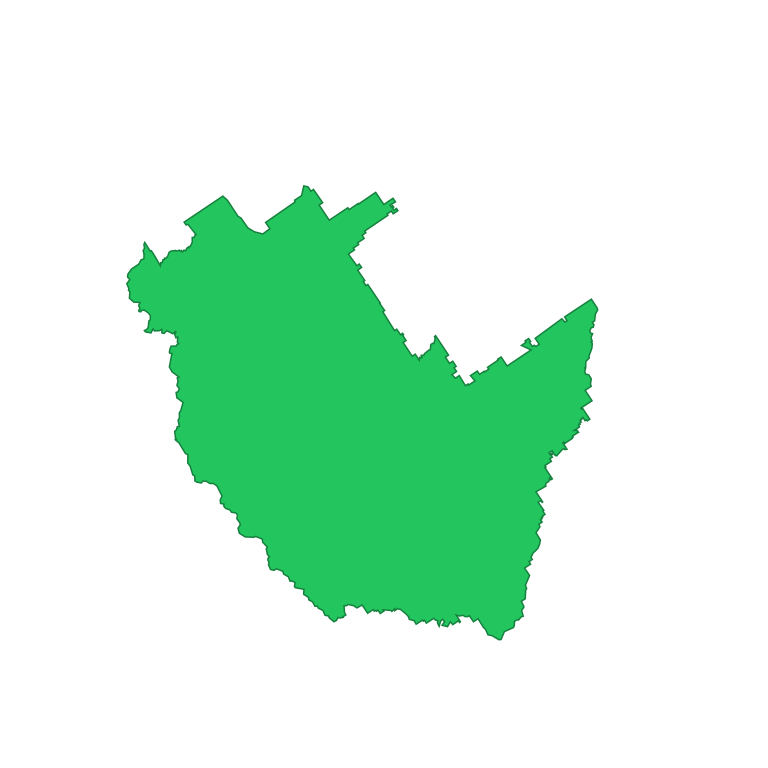 Liverpool Plains, New South Wales, Australia, rotated 47°
{"feature_id": "25037944B45289981242640", "entity_name": "Liverpool Plains", "entity_type": "district", "adm_level": 2, "iso_a3": "AUS", "parent_name": "Australia", "parent_adm1": "New South Wales", "projection": "mercator", "projection_center": [150.406, -31.47], "detail": "fine", "context": "isolated", "style": "filled", "palette": "green", "viewbox_px": 768, "rotation_deg": 47, "n_neighbors": 0, "source": "geoboundaries", "source_scale": "gbopen_adm2", "svg_char_len": 6170}
<svg xmlns="http://www.w3.org/2000/svg" viewBox="0 0 768 768"><g transform="rotate(47 384 384)"><path d="M161.9,376.4L142.9,373.2L136.7,373.7L129.3,419.8L132.8,420.3L133.5,418.5L146.6,419.6L146.2,420.5L147.3,423.0L146.0,424.3L149.5,427.5L151.3,431.8L150.6,432.7L151.3,433.7L150.4,434.0L150.2,435.6L151.3,438.1L149.7,439.0L149.9,441.5L148.2,441.1L147.7,442.4L146.5,442.5L145.4,445.1L144.2,445.3L141.3,449.6L141.2,451.6L143.0,455.0L143.3,458.0L142.3,458.7L143.2,459.7L142.4,460.9L144.0,463.3L143.0,464.5L145.0,466.9L131.7,463.9L127.8,463.3L127.6,464.4L117.3,462.4L118.2,464.4L121.4,466.6L122.2,469.2L125.3,470.9L128.7,474.2L127.5,477.1L129.1,481.5L127.7,490.1L129.0,496.4L130.8,498.6L134.3,498.7L135.2,503.7L140.0,505.4L141.1,506.9L143.3,507.0L147.6,511.7L153.4,511.2L158.0,506.8L159.2,509.8L162.6,511.3L162.7,513.0L163.8,513.7L165.3,512.7L165.0,511.2L166.2,509.0L171.4,507.9L174.7,508.3L177.6,511.1L177.5,512.9L181.8,517.9L182.3,520.3L181.5,522.8L183.3,522.9L187.7,519.6L186.2,515.3L188.6,515.7L191.8,511.9L192.6,509.2L195.2,511.6L197.0,510.4L196.9,506.5L203.2,504.2L203.6,499.8L204.8,503.2L208.3,504.7L209.0,502.9L212.5,506.6L214.6,506.7L213.9,508.2L214.5,510.1L211.2,513.7L211.7,515.4L214.3,519.3L215.5,519.6L217.1,518.4L225.2,529.4L230.7,530.7L239.0,529.2L238.5,531.1L241.4,532.6L243.8,536.4L248.0,537.0L249.2,540.1L248.4,541.8L252.8,544.9L260.4,543.5L264.9,550.9L265.5,553.4L269.3,556.8L270.0,559.2L275.4,562.6L274.3,564.3L276.0,567.3L275.8,569.3L281.5,573.5L282.6,573.4L282.4,574.7L287.2,574.1L299.3,576.6L302.0,575.7L307.9,581.4L312.1,581.9L320.0,585.8L322.2,585.1L325.8,588.4L328.2,587.8L331.8,585.1L331.6,582.4L334.1,580.2L337.9,579.3L340.5,576.6L344.7,575.7L355.5,578.9L357.0,582.7L359.9,585.0L362.7,583.0L364.1,584.5L366.8,584.7L371.0,582.6L373.8,583.0L377.3,580.3L379.7,580.4L382.3,583.6L386.8,584.0L389.0,585.2L389.9,589.1L394.6,591.6L401.2,589.8L407.5,583.5L407.9,581.8L414.5,578.8L416.9,580.6L423.7,580.6L424.3,582.6L429.3,585.6L432.3,585.7L432.2,587.3L433.6,589.1L435.8,589.6L437.5,591.8L442.3,593.5L445.2,591.6L445.8,588.7L451.9,585.8L454.6,587.0L459.7,585.4L464.2,587.2L465.4,585.5L468.7,584.5L471.0,587.6L472.4,587.8L479.6,582.6L483.0,586.2L488.5,584.8L490.7,586.2L494.6,584.8L499.6,586.1L500.9,584.3L503.3,584.9L508.0,583.1L512.9,584.9L515.9,582.7L517.5,583.5L523.7,582.8L524.5,580.1L523.5,576.8L525.4,575.5L526.8,573.1L526.2,573.0L526.9,569.4L524.0,568.6L518.9,564.4L520.6,562.6L520.8,560.6L525.2,557.5L529.3,556.5L530.7,550.7L540.5,552.3L541.6,545.8L543.6,546.1L544.0,544.2L545.1,544.4L545.4,542.6L549.3,543.3L550.0,538.9L548.5,538.7L554.2,533.5L555.7,533.3L555.7,529.4L557.1,530.7L557.6,527.5L560.0,525.7L567.3,524.7L570.9,524.8L573.4,526.0L577.6,523.4L581.6,524.3L583.0,516.8L584.3,517.0L584.5,515.5L587.8,516.1L589.3,507.4L591.7,507.4L593.8,506.1L595.3,507.9L598.8,508.9L596.1,504.3L595.8,501.8L599.0,501.7L600.1,506.1L604.8,503.0L603.1,497.7L606.9,497.8L608.0,491.0L610.0,491.4L610.0,490.3L602.2,488.7L605.1,487.1L607.1,483.9L609.1,483.5L611.2,481.6L611.5,479.6L618.9,480.7L619.8,475.3L630.0,477.3L632.4,477.0L638.4,479.0L641.7,476.6L649.4,474.4L650.7,472.6L647.2,464.8L650.4,455.5L649.6,453.5L646.5,450.3L647.4,447.2L648.4,446.6L647.9,442.4L648.8,440.5L643.4,437.8L642.8,434.2L641.8,433.3L636.6,431.8L637.4,427.2L631.5,421.1L631.0,419.3L627.6,417.8L623.3,408.1L614.5,406.7L615.7,399.6L612.8,399.1L613.5,395.2L611.1,394.8L609.3,390.2L609.2,383.6L607.4,379.7L604.8,376.0L596.4,374.2L594.8,367.4L592.2,366.3L592.8,362.5L590.0,362.1L590.3,360.3L589.2,360.1L589.5,358.4L588.6,358.2L589.2,355.2L585.2,354.5L585.4,353.3L575.6,351.9L576.2,348.7L578.4,349.1L578.5,348.4L566.5,346.4L569.1,335.1L568.0,334.9L567.0,332.9L567.7,330.0L565.8,327.0L567.8,327.4L568.2,325.6L555.0,323.4L555.2,322.2L553.4,321.9L554.7,314.3L551.7,313.8L552.3,310.8L550.1,310.4L550.4,308.8L549.0,308.5L548.7,310.5L546.8,310.1L547.4,306.6L553.1,307.6L554.3,306.6L553.5,298.1L554.2,296.4L555.2,296.5L556.5,294.7L548.9,293.3L549.1,292.0L550.8,292.2L551.5,287.9L552.2,283.4L551.6,283.3L551.8,281.8L550.6,281.5L551.9,274.8L551.0,275.3L550.7,274.4L549.3,274.5L547.7,276.5L548.7,270.3L546.8,269.9L547.2,268.0L546.0,267.8L546.3,265.7L544.4,265.4L544.7,263.4L543.8,263.3L544.2,261.3L547.9,262.0L548.3,260.3L549.6,260.5L550.1,257.5L537.6,255.4L537.4,256.6L535.9,256.4L538.1,243.3L525.8,241.2L527.0,234.0L524.9,233.1L521.6,228.9L517.0,228.0L514.2,229.8L511.7,228.6L510.0,225.8L509.1,226.2L509.3,225.0L505.2,221.0L505.0,216.1L503.4,215.2L499.7,207.7L496.3,203.9L494.5,204.0L494.8,202.6L491.2,200.9L489.4,197.1L488.5,198.1L485.5,197.4L484.2,194.2L485.2,192.3L483.9,190.1L481.0,189.6L481.5,186.9L477.1,181.8L475.6,177.2L473.9,176.3L463.4,174.5L458.1,206.2L462.5,206.9L462.1,209.5L457.6,209.4L453.7,242.3L460.8,243.4L460.2,247.3L458.1,247.7L457.8,249.9L452.6,249.1L452.8,247.7L449.4,247.2L448.7,251.5L450.4,251.8L449.5,257.2L459.4,253.2L454.8,281.7L444.1,279.9L443.4,283.9L444.2,284.0L444.1,286.1L442.4,296.9L444.6,297.3L443.8,302.1L443.0,302.0L442.1,307.5L438.2,306.9L436.8,315.0L443.8,315.4L442.5,322.7L441.3,322.5L440.8,325.6L429.2,323.2L428.5,327.7L423.5,328.0L424.4,322.4L419.9,321.7L420.3,319.2L414.2,318.2L413.6,322.0L406.3,320.8L406.9,317.1L383.8,313.3L383.8,314.8L385.3,315.2L388.4,319.7L387.4,320.7L387.1,322.8L390.6,327.0L389.8,328.1L389.4,333.8L390.2,335.2L388.4,337.2L390.5,338.2L388.9,339.6L390.7,342.0L383.5,340.8L382.9,344.4L366.7,341.7L367.3,338.2L361.1,337.1L361.3,336.1L359.6,335.8L359.3,338.3L352.6,337.3L352.2,339.9L330.3,335.6L330.7,333.4L322.1,332.2L322.2,331.5L300.2,328.0L299.8,330.1L294.9,329.3L295.2,327.5L282.8,325.6L283.5,320.9L279.4,320.3L279.0,323.2L264.7,321.4L265.8,314.1L263.7,313.8L264.7,307.4L262.8,307.1L264.0,299.2L260.3,298.6L261.0,294.1L259.0,293.8L263.3,266.1L261.7,265.8L262.6,260.7L265.8,261.2L266.7,255.6L264.1,255.2L263.6,258.1L261.0,257.8L261.3,256.3L259.5,256.0L259.2,257.9L257.3,257.6L258.6,251.4L254.3,250.7L252.6,261.7L238.2,259.4L235.0,280.1L234.3,279.9L232.7,290.6L230.4,290.3L226.9,312.3L208.9,309.4L209.6,305.2L193.6,302.9L193.1,305.9L188.1,305.1L184.4,307.5L190.0,315.8L188.6,324.1L190.2,325.0L185.1,360.4L192.6,361.6L191.6,370.3L184.3,375.0L176.9,377.1L165.0,375.4L161.9,376.4Z" fill="#22c55e" stroke="#15803d" stroke-width="1.5"/></g></svg>